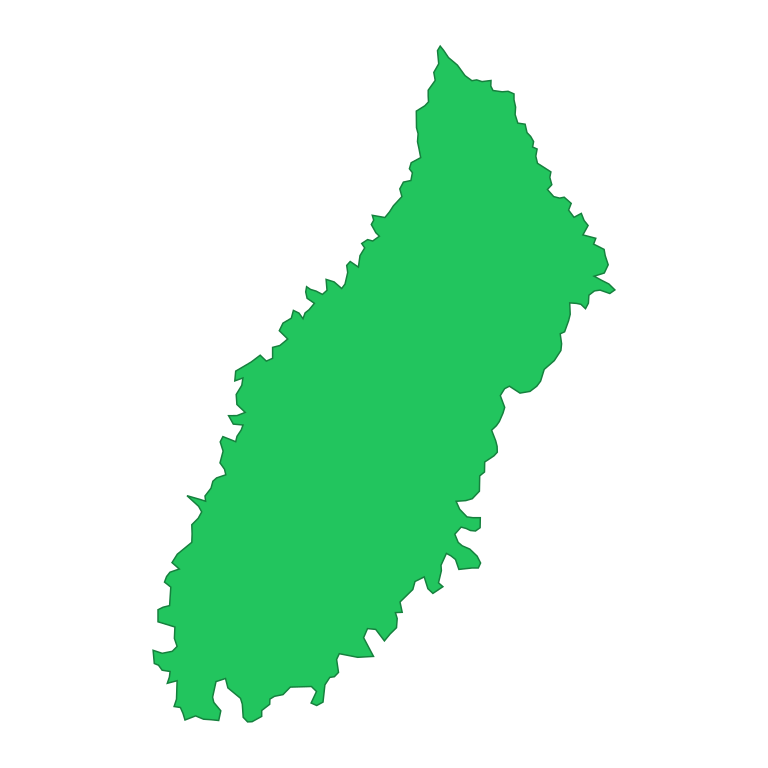 Quevedos, Rio Grande do Sul, Brazil
{"feature_id": "56859067B61600726657402", "entity_name": "Quevedos", "entity_type": "district", "adm_level": 2, "iso_a3": "BRA", "parent_name": "Brazil", "parent_adm1": "Rio Grande do Sul", "projection": "orthographic", "projection_center": [-54.066, -29.293], "detail": "fine", "context": "isolated", "style": "filled", "palette": "green", "viewbox_px": 768, "rotation_deg": 0, "n_neighbors": 0, "source": "geoboundaries", "source_scale": "gbopen_adm2", "svg_char_len": 3651}
<svg xmlns="http://www.w3.org/2000/svg" viewBox="0 0 768 768"><path d="M158.0,621.8L174.9,627.0L174.4,638.4L177.1,646.4L172.3,651.3L162.2,653.3L153.1,650.3L154.3,663.5L158.5,665.2L162.1,670.2L170.1,671.5L169.4,677.1L167.3,683.3L177.1,680.7L176.5,699.2L174.1,706.5L180.4,707.5L183.0,713.4L185.0,720.0L195.6,715.9L203.5,719.2L211.0,719.7L218.7,720.5L220.8,710.8L213.8,702.4L212.6,697.2L216.0,681.6L225.5,678.5L227.9,687.9L240.5,698.3L242.3,704.1L243.2,717.3L247.6,721.9L252.1,721.7L261.7,716.4L261.7,710.5L269.7,704.3L269.9,699.1L274.5,696.3L283.0,694.6L290.3,687.1L311.4,686.5L316.5,691.5L311.1,703.0L316.7,705.5L323.0,702.1L324.9,684.9L329.8,677.4L334.4,676.7L338.5,672.4L336.6,659.4L339.3,653.7L357.7,657.3L373.5,656.4L370.1,650.0L363.6,637.7L367.5,628.6L375.7,629.4L384.4,640.9L390.0,634.1L396.5,627.7L397.2,618.5L395.4,612.6L402.2,612.3L400.0,602.0L412.8,589.5L415.0,581.5L424.2,576.9L427.9,588.7L432.9,593.4L442.9,586.7L438.5,582.8L441.4,570.6L441.0,565.3L446.4,553.4L450.9,555.8L455.5,559.5L458.9,569.4L471.8,568.0L478.3,568.0L480.6,563.0L477.1,556.1L469.8,549.1L462.2,545.8L458.2,542.4L454.8,534.2L461.1,527.1L466.2,528.5L470.4,530.5L475.5,531.0L480.1,527.7L480.3,517.7L473.0,517.7L467.0,516.9L459.7,509.3L456.1,501.3L465.8,500.6L472.3,498.7L479.4,491.2L479.7,475.9L484.5,472.0L484.7,462.0L494.0,455.8L497.3,452.2L497.1,446.3L495.7,440.8L491.6,430.2L496.4,425.7L499.3,421.6L503.0,413.1L504.7,407.4L500.3,395.6L504.6,388.7L509.4,386.2L520.0,393.1L530.0,391.4L536.8,386.2L540.6,381.1L544.2,369.4L554.3,360.6L560.9,350.5L561.6,343.8L560.2,333.8L564.6,331.8L568.6,320.7L570.2,314.3L569.7,302.9L576.5,303.4L580.9,304.3L585.5,308.7L588.4,303.2L588.9,295.2L594.5,290.9L600.1,290.1L609.8,293.5L614.9,289.9L608.9,284.0L601.6,280.3L594.1,276.2L604.3,273.0L608.2,264.8L605.2,255.6L604.1,249.4L593.6,244.1L595.8,238.3L582.9,234.9L588.1,225.5L584.1,220.5L581.3,213.4L574.0,217.3L568.6,210.1L571.2,203.4L564.2,197.2L559.6,198.1L553.7,196.6L547.4,189.5L551.8,184.7L549.8,177.4L550.9,171.9L537.5,163.3L535.8,156.2L537.1,149.0L532.6,147.0L533.6,141.6L530.7,136.5L527.0,132.6L525.1,124.2L517.8,123.1L515.1,114.5L515.6,107.1L514.0,99.8L514.0,93.9L508.1,91.3L502.2,91.8L493.0,90.5L490.8,86.1L491.0,80.5L482.0,81.6L476.7,79.9L471.9,80.7L465.0,75.6L457.4,65.1L448.5,57.6L443.8,50.6L440.2,46.1L437.5,50.6L438.7,63.8L433.8,72.4L435.2,80.4L428.2,90.2L428.2,96.0L428.5,101.9L424.8,105.8L416.3,111.1L416.5,127.7L418.1,133.7L417.5,141.7L419.0,148.7L420.7,157.6L411.2,162.7L409.4,168.8L412.4,172.7L410.9,180.5L403.4,182.1L399.8,188.9L401.9,196.6L393.4,205.8L389.5,211.9L384.9,217.5L372.3,215.3L373.7,220.2L371.3,224.5L375.9,232.8L379.4,236.2L372.7,241.0L367.6,239.6L361.7,243.5L364.7,247.9L360.0,255.6L358.4,267.1L350.2,261.5L346.7,265.4L347.7,272.5L345.0,284.1L341.7,288.5L334.1,281.9L326.1,279.4L327.0,290.3L322.4,294.4L316.1,291.1L310.5,289.4L306.6,286.7L305.7,291.9L307.1,298.3L314.4,303.3L309.1,309.7L305.1,312.9L303.0,318.7L299.0,313.1L293.4,310.4L291.3,318.2L283.0,323.1L279.3,330.7L287.7,339.0L279.9,345.5L272.6,347.4L272.6,358.3L266.3,361.1L260.2,355.2L251.2,362.0L242.9,366.9L235.7,371.1L234.8,380.9L242.9,378.0L241.8,385.3L236.2,394.5L236.9,404.5L245.2,412.4L237.0,415.6L228.6,415.7L233.3,424.1L243.0,425.0L241.2,430.0L237.0,436.3L235.7,441.7L222.9,436.6L220.2,441.9L223.1,451.1L220.0,462.9L224.5,469.2L225.8,474.8L216.6,477.9L212.9,481.2L211.0,488.2L205.0,496.0L205.6,501.2L200.6,499.6L187.0,495.7L198.6,506.3L201.7,511.9L198.2,518.3L191.8,524.7L192.1,533.9L191.8,542.3L177.3,554.2L172.0,562.6L179.3,569.0L170.0,572.2L166.6,576.5L164.5,582.1L170.8,587.1L169.6,605.6L163.1,607.2L158.0,609.7L158.0,621.8Z" fill="#22c55e" stroke="#15803d" stroke-width="1.5"/></svg>